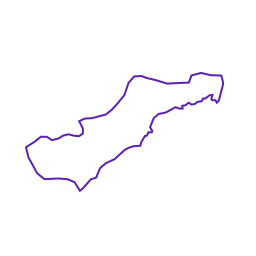 Hwadae, Hamgyŏng-bukto, North Korea, rotated 345°
{"feature_id": "82179303B21594878793257", "entity_name": "Hwadae", "entity_type": "district", "adm_level": 2, "iso_a3": "PRK", "parent_name": "North Korea", "parent_adm1": "Hamgyŏng-bukto", "projection": "equal_earth", "projection_center": [129.512, 40.825], "detail": "fine", "context": "isolated", "style": "outline", "palette": "violet", "viewbox_px": 256, "rotation_deg": 345, "n_neighbors": 0, "source": "geoboundaries", "source_scale": "gbopen_adm2", "svg_char_len": 1189}
<svg xmlns="http://www.w3.org/2000/svg" viewBox="0 0 256 256"><g transform="rotate(345 128 128)"><path d="M82.6,108.8L83.0,110.8L84.3,117.0L82.9,121.7L78.6,123.2L74.3,121.7L68.6,118.6L62.9,118.6L58.6,120.1L51.5,120.1L47.3,115.5L41.6,113.9L34.5,117.0L24.4,120.2L24.3,131.0L27.0,141.8L28.4,148.0L34.0,155.8L41.1,157.3L48.2,158.9L56.7,162.0L62.4,166.6L65.3,176.2L68.6,174.7L79.0,167.9L82.4,167.8L84.5,167.6L90.5,159.7L92.9,158.4L97.8,156.2L107.0,154.6L118.6,148.6L122.8,147.4L128.1,147.0L135.3,148.3L137.2,145.1L142.3,140.1L144.4,140.2L146.6,137.4L149.8,138.4L150.7,137.0L149.5,133.0L154.5,126.3L155.5,125.1L161.2,122.4L168.7,122.8L179.3,120.2L181.8,122.0L182.3,122.4L185.8,123.4L186.1,120.6L189.5,120.9L193.2,119.3L195.5,121.9L199.2,122.0L201.8,120.7L206.0,121.3L208.1,118.9L210.1,119.6L215.4,117.5L218.1,118.0L216.1,121.4L216.4,122.9L219.7,123.9L220.3,126.5L222.8,125.1L230.4,111.7L230.8,111.1L231.7,107.7L231.7,101.5L221.3,98.3L212.8,93.7L202.9,93.7L198.5,99.9L191.4,98.3L177.2,95.2L167.3,89.0L158.8,84.4L154.5,81.3L147.4,79.8L140.3,84.4L133.0,95.3L124.4,101.5L117.2,106.1L110.1,109.2L102.9,109.2L95.8,109.2L88.7,107.7L82.6,108.8Z" fill="none" stroke="#5b21b6" stroke-width="2"/></g></svg>